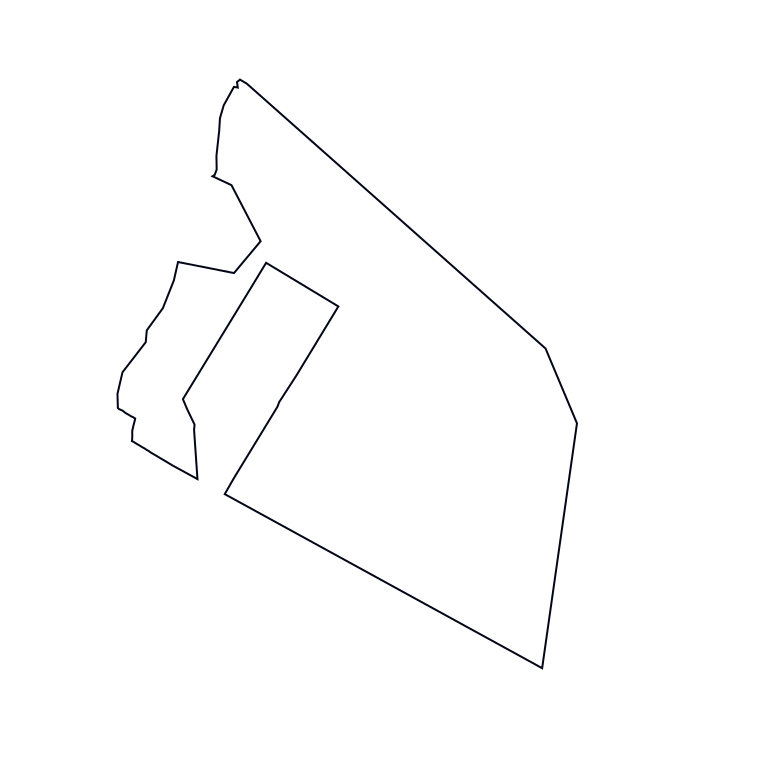 Zemam Out, Ash Sharqiyah, Egypt (Equal Earth projection), rotated 32°
{"feature_id": "37247803B42023857067519", "entity_name": "Zemam Out", "entity_type": "district", "adm_level": 2, "iso_a3": "EGY", "parent_name": "Egypt", "parent_adm1": "Ash Sharqiyah", "projection": "equal_earth", "projection_center": [31.428, 30.239], "detail": "fine", "context": "isolated", "style": "outline", "palette": "ink", "viewbox_px": 768, "rotation_deg": 32, "n_neighbors": 0, "source": "geoboundaries", "source_scale": "gbopen_adm2", "svg_char_len": 1387}
<svg xmlns="http://www.w3.org/2000/svg" viewBox="0 0 768 768"><g transform="rotate(32 384 384)"><path d="M307.3,561.8L668.7,541.2L568.5,315.1L502.2,268.3L427.9,255.8L108.5,202.0L100.6,202.2L100.6,202.3L99.3,205.8L102.9,210.1L99.3,211.5L100.4,232.6L104.0,245.4L110.1,256.7L121.0,279.3L128.4,290.7L129.6,296.3L128.5,298.7L149.3,296.2L203.7,328.3L198.0,369.4L144.7,389.7L150.9,407.5L156.3,436.9L154.4,464.2L159.8,474.8L156.0,512.6L163.2,533.6L170.9,545.2L171.1,545.4L172.6,545.7L173.8,545.5L175.2,545.3L175.4,545.2L177.3,545.2L177.6,545.2L178.4,545.4L179.4,545.5L181.3,545.5L183.9,545.4L185.6,545.4L186.5,545.5L188.3,545.1L190.1,545.1L190.7,545.1L191.3,545.1L191.8,546.4L192.1,547.3L193.0,550.3L193.4,551.6L193.8,552.7L194.3,554.2L194.8,555.6L195.0,556.2L195.1,556.7L195.3,557.0L195.6,557.5L196.0,558.2L196.7,559.4L197.3,560.2L198.0,561.4L198.6,562.4L199.4,563.8L199.9,564.7L200.5,566.0L201.3,565.9L202.1,565.8L202.3,565.8L204.6,565.8L206.0,565.8L206.9,565.8L208.6,565.7L210.4,565.7L212.2,565.7L214.1,565.6L215.3,565.5L217.7,565.7L219.6,565.5L222.3,565.7L243.6,565.2L244.8,565.2L246.0,565.1L247.1,565.2L252.0,564.9L276.2,563.5L247.2,523.5L245.4,519.8L245.1,519.3L245.0,519.2L244.8,518.8L230.3,509.6L221.5,503.4L221.4,495.6L221.2,473.0L220.2,373.4L219.8,343.7L304.2,342.4L305.2,423.1L304.7,455.0L305.7,459.7L306.6,543.4L307.3,561.8Z" fill="none" stroke="#020617" stroke-width="2"/></g></svg>